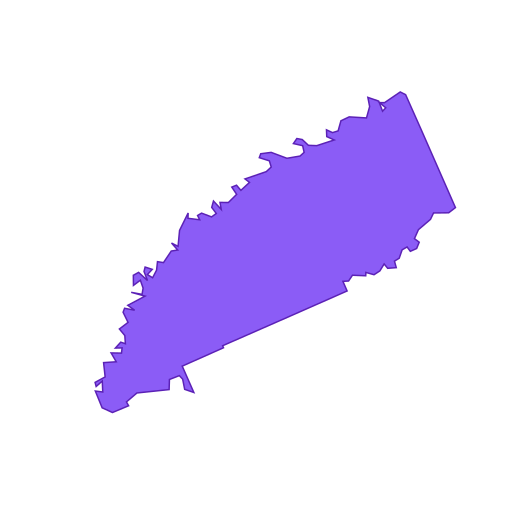 outline of Bossier, Louisiana, United States of America, rotated 66°
{"feature_id": "52423323B21890268683082", "entity_name": "Bossier", "entity_type": "district", "adm_level": 2, "iso_a3": "USA", "parent_name": "United States of America", "parent_adm1": "Louisiana", "projection": "natural_earth1", "projection_center": [-93.631, 32.628], "detail": "fine", "context": "isolated", "style": "filled", "palette": "violet", "viewbox_px": 512, "rotation_deg": 66, "n_neighbors": 0, "source": "geoboundaries", "source_scale": "gbopen_adm2", "svg_char_len": 1807}
<svg xmlns="http://www.w3.org/2000/svg" viewBox="0 0 512 512"><g transform="rotate(66 256 256)"><path d="M314.0,457.7L332.1,458.3L340.6,450.8L341.0,433.3L336.6,433.7L332.7,420.5L342.7,389.7L333.6,385.3L334.1,374.7L338.7,373.1L348.8,375.4L355.4,368.3L326.6,368.2L326.6,359.4L326.6,323.0L324.4,323.0L324.8,247.6L325.0,187.0L314.5,186.9L316.5,181.6L312.8,175.7L318.7,163.8L315.7,162.3L321.1,155.8L320.0,148.9L315.4,142.2L320.8,140.7L323.7,132.6L317.0,131.6L316.3,126.1L309.8,120.0L309.2,114.3L314.5,113.1L314.5,106.2L309.8,101.3L304.6,104.2L298.0,96.9L293.5,81.7L288.9,76.3L294.9,62.4L292.9,54.1L291.2,54.1L288.5,54.1L207.9,53.7L173.5,53.7L169.5,53.7L164.8,57.5L168.2,76.2L166.1,80.7L173.4,77.2L175.2,81.5L164.4,80.9L156.6,89.3L165.7,91.4L174.8,98.9L166.8,114.3L167.0,123.4L175.1,130.1L174.4,135.9L169.4,140.3L175.7,142.8L181.8,137.4L179.9,155.6L176.2,163.1L168.4,166.4L165.3,170.9L168.5,176.1L174.2,168.5L180.9,169.9L182.6,175.1L179.3,188.0L167.5,200.0L164.5,210.1L167.5,213.0L174.5,205.1L180.9,205.9L183.1,212.3L181.1,234.7L186.1,232.0L189.9,243.1L183.4,245.0L183.2,250.1L191.8,248.6L195.9,259.5L192.4,267.1L199.3,268.8L188.5,272.5L193.6,276.7L201.0,275.0L202.2,280.7L194.7,288.3L195.2,292.9L200.0,292.7L193.9,302.8L189.1,300.5L201.5,315.4L215.5,323.3L209.8,327.9L218.7,325.1L217.0,331.4L224.4,343.2L221.1,348.3L228.5,352.6L233.8,359.3L228.8,362.8L226.0,356.2L221.0,361.8L224.6,364.6L234.3,365.1L223.2,369.9L223.7,375.9L233.0,379.9L231.1,371.5L239.4,372.2L244.7,375.7L238.4,384.8L247.5,373.7L248.9,393.2L256.2,388.9L250.3,397.3L253.3,400.3L264.6,399.9L267.1,410.5L275.3,408.2L283.0,411.0L279.7,414.6L282.9,421.9L285.5,415.7L290.0,418.4L285.6,427.8L295.8,426.7L291.4,438.6L305.1,443.0L306.0,454.4L310.2,455.1L307.7,447.3L317.9,451.3L314.0,457.7Z" fill="#8b5cf6" stroke="#5b21b6" stroke-width="1.5"/></g></svg>